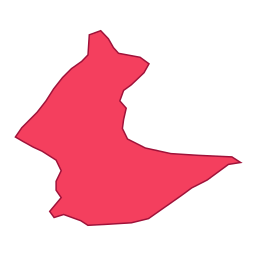 outline of Lilla Edet, Västra Götaland, Sweden
{"feature_id": "70781695B92226486656888", "entity_name": "Lilla Edet", "entity_type": "district", "adm_level": 2, "iso_a3": "SWE", "parent_name": "Sweden", "parent_adm1": "Västra Götaland", "projection": "equal_earth", "projection_center": [12.169, 58.174], "detail": "fine", "context": "isolated", "style": "filled", "palette": "rose", "viewbox_px": 256, "rotation_deg": 0, "n_neighbors": 0, "source": "geoboundaries", "source_scale": "gbopen_adm2", "svg_char_len": 716}
<svg xmlns="http://www.w3.org/2000/svg" viewBox="0 0 256 256"><path d="M87.9,225.3L105.3,224.4L131.4,222.8L148.5,218.6L164.0,207.7L181.1,195.7L191.7,187.9L207.2,180.0L228.4,164.4L240.6,162.5L231.9,156.9L197.5,155.3L170.8,153.6L145.3,148.0L127.5,139.0L122.4,128.5L123.6,119.6L126.2,108.2L119.8,100.9L123.6,90.4L131.3,84.8L144.0,72.7L149.0,63.8L140.1,57.3L118.5,53.3L113.4,47.6L108.4,38.8L100.8,30.8L100.7,30.7L89.3,34.8L88.0,54.9L81.7,61.4L71.5,68.6L62.6,77.5L53.7,88.8L46.0,100.9L37.1,112.3L21.8,127.7L15.4,137.0L23.1,141.5L33.2,147.1L42.1,151.2L56.1,160.1L61.2,170.7L56.1,181.3L56.1,190.2L61.2,197.6L49.7,211.4L54.1,217.5L63.7,214.5L80.8,220.7L87.9,225.3Z" fill="#f43f5e" stroke="#9f1239" stroke-width="1.5"/></svg>